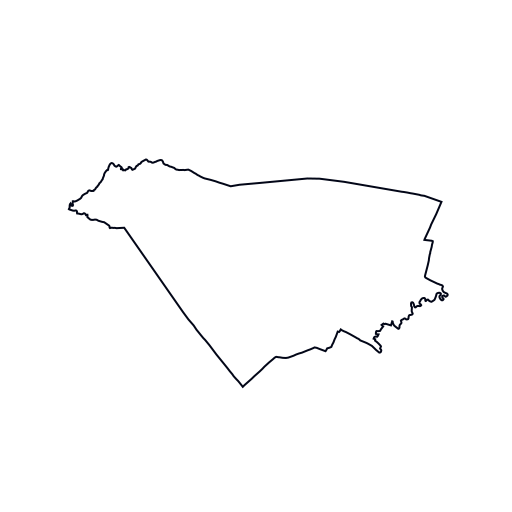 the district of Sangkae, Batdâmbâng, Cambodia, rotated 204°
{"feature_id": "14789045B70272828773622", "entity_name": "Sangkae", "entity_type": "district", "adm_level": 2, "iso_a3": "KHM", "parent_name": "Cambodia", "parent_adm1": "Batdâmbâng", "projection": "orthographic", "projection_center": [103.435, 13.068], "detail": "fine", "context": "isolated", "style": "outline", "palette": "ink", "viewbox_px": 512, "rotation_deg": 204, "n_neighbors": 0, "source": "geoboundaries", "source_scale": "gbopen_adm2", "svg_char_len": 6036}
<svg xmlns="http://www.w3.org/2000/svg" viewBox="0 0 512 512"><g transform="rotate(204 256 256)"><path d="M108.6,380.9L126.1,379.5L126.5,379.5L129.9,378.5L131.8,378.3L138.2,376.8L140.4,376.2L143.6,375.5L147.4,374.5L148.9,374.0L205.7,359.6L229.3,352.5L240.6,347.7L282.2,324.3L300.0,314.4L307.5,309.4L315.5,308.6L319.2,308.1L323.3,307.8L328.4,307.1L334.4,306.0L336.1,305.9L339.3,306.0L340.8,306.2L342.3,306.2L344.7,306.7L345.9,306.7L349.7,307.3L352.9,307.4L353.8,306.9L356.2,305.4L357.3,305.1L361.3,303.2L362.9,302.9L363.4,302.7L363.8,302.6L364.8,302.6L366.5,303.2L367.9,303.1L370.0,303.0L370.6,302.8L371.3,302.7L372.9,302.8L373.4,303.0L374.4,303.0L375.3,302.6L375.9,302.5L376.7,302.6L378.1,302.9L379.5,304.4L380.5,305.0L381.0,305.2L381.5,305.1L382.4,304.8L382.8,304.5L384.8,302.7L385.9,301.3L386.5,300.9L387.6,299.7L388.3,299.2L389.1,299.0L390.0,299.2L391.1,299.1L392.4,298.5L392.8,298.5L393.7,299.0L394.9,299.5L395.4,299.5L395.8,299.4L397.3,297.5L398.4,296.0L398.8,295.4L399.1,294.5L399.0,294.0L399.4,293.1L399.9,292.6L400.3,292.3L400.7,291.9L400.8,290.9L401.0,290.3L401.3,290.0L401.7,289.8L401.9,288.9L402.0,288.0L402.0,286.9L402.1,286.5L403.9,284.5L404.5,284.6L405.6,285.6L406.0,285.7L407.0,285.7L407.5,285.9L408.1,285.8L408.5,285.3L408.2,284.6L408.3,284.2L408.5,283.5L409.0,282.9L409.5,282.7L409.9,282.3L410.0,281.6L410.3,281.0L411.5,280.8L412.2,280.2L412.7,280.4L412.8,281.0L413.4,281.1L414.0,280.6L414.7,280.4L414.9,280.8L414.7,281.4L414.7,282.2L415.1,282.4L417.3,282.9L418.0,283.3L418.5,283.3L419.5,281.3L419.9,280.8L420.6,280.7L421.3,280.8L422.1,281.0L423.3,281.9L423.9,282.2L424.7,282.3L425.2,282.3L425.7,282.2L426.1,281.8L426.6,280.9L426.8,279.7L426.8,277.5L426.5,275.5L426.2,274.7L426.3,274.2L427.1,273.8L427.6,272.3L427.9,270.7L428.0,269.8L427.9,268.5L427.6,267.8L427.5,264.5L427.3,263.7L427.7,262.3L427.8,260.9L428.3,259.4L428.6,258.9L428.7,258.4L428.6,257.8L428.8,256.7L429.2,255.5L429.1,255.1L429.2,254.7L429.7,253.8L430.0,252.7L430.0,252.0L430.2,251.2L431.0,250.0L430.9,249.4L431.4,249.1L432.7,248.5L433.4,248.3L434.6,248.3L435.0,248.1L435.5,247.6L435.8,246.9L435.9,245.1L436.4,244.5L437.8,242.9L439.0,241.0L439.3,240.0L439.4,238.0L439.7,237.3L440.1,236.5L442.0,233.8L443.2,232.5L444.1,231.9L445.0,231.8L445.6,231.5L445.3,230.8L445.0,229.7L444.7,228.9L443.9,228.2L443.9,227.3L444.4,227.0L445.8,226.9L446.2,227.1L446.4,227.6L446.4,228.1L446.8,228.5L447.0,227.8L447.0,227.4L446.7,226.2L445.9,224.3L446.0,223.4L446.0,222.7L445.5,222.6L441.7,223.0L440.5,223.4L439.9,223.8L439.4,224.2L438.8,224.4L438.3,224.3L437.7,223.9L437.2,222.8L436.7,222.1L435.2,222.6L433.3,222.9L432.3,223.2L431.4,223.9L430.8,224.9L430.5,225.1L429.9,225.2L428.8,224.9L428.4,224.5L428.0,224.2L427.5,224.7L426.8,225.1L426.3,224.3L426.0,223.1L425.7,222.9L423.0,222.1L422.1,221.9L421.0,222.1L420.2,222.4L419.2,222.9L418.2,223.6L417.3,224.0L416.3,224.3L414.3,224.1L410.5,224.6L408.4,225.1L402.5,224.0L401.9,223.5L401.5,222.9L401.3,222.4L400.8,222.1L399.6,223.0L398.3,223.5L397.8,223.6L396.4,224.3L394.7,224.7L391.4,226.4L387.9,228.2L299.9,175.1L292.0,170.6L284.7,167.2L280.3,164.4L277.7,163.1L274.2,161.3L270.8,159.6L268.3,158.6L262.5,155.7L260.5,154.6L252.1,149.9L239.1,143.3L236.2,141.8L233.1,140.1L229.6,138.4L227.5,137.1L224.4,135.7L221.4,134.5L216.3,131.9L214.9,131.1L213.8,133.8L210.0,142.1L208.7,145.4L205.7,152.0L204.3,155.4L203.3,158.3L200.9,163.8L198.4,168.9L197.9,170.1L197.1,171.5L196.5,172.1L194.2,172.7L193.1,173.1L190.3,173.8L187.2,175.0L185.2,176.3L181.1,180.2L179.2,182.4L177.1,184.4L174.7,186.4L170.4,190.9L168.6,192.6L166.2,195.2L165.3,196.3L163.1,196.8L160.1,196.9L153.8,197.3L153.6,198.0L153.4,200.6L151.8,201.9L150.8,202.9L150.2,203.6L150.3,205.9L150.1,208.5L150.3,211.7L150.2,214.5L150.5,218.8L150.6,220.2L149.2,220.4L148.9,221.4L148.7,223.4L147.4,223.1L145.0,223.0L143.0,223.1L138.2,222.8L131.7,222.2L130.5,222.0L129.1,222.0L127.7,221.8L126.5,221.3L120.6,221.5L119.0,221.5L117.6,221.4L114.4,221.1L113.5,221.0L110.2,219.8L108.1,219.0L104.1,217.9L103.2,218.5L102.9,219.4L103.1,220.4L103.2,220.8L103.6,221.2L105.0,221.9L105.1,224.3L105.9,224.8L108.3,225.8L110.6,226.6L112.8,227.1L113.1,227.7L113.2,228.4L114.9,228.3L115.0,229.7L114.7,230.4L113.8,231.2L112.5,231.5L112.2,232.4L112.2,234.2L114.1,233.6L114.8,233.6L115.2,234.5L115.5,235.9L115.4,236.4L113.7,237.1L112.3,237.9L112.1,238.5L112.1,239.6L111.2,243.4L113.2,244.1L112.1,246.1L110.7,246.1L110.1,246.8L104.5,247.5L105.0,251.7L104.5,251.7L104.0,250.8L102.5,249.3L101.5,248.7L100.7,248.4L96.6,247.4L96.1,247.5L95.8,248.2L95.9,249.2L96.5,250.5L96.6,251.6L96.3,252.5L95.9,253.5L96.1,254.4L97.3,255.9L97.0,256.8L96.2,257.6L95.1,259.3L94.4,259.5L93.0,259.2L92.1,259.6L91.4,260.2L91.3,260.9L91.9,262.7L92.0,263.7L91.8,264.4L90.7,265.1L89.7,265.9L89.4,266.4L89.5,267.2L91.0,268.5L91.5,269.3L92.7,272.6L93.1,272.9L93.7,273.2L94.3,274.1L95.1,275.8L95.1,276.8L94.4,277.3L93.5,277.2L92.2,276.1L91.5,275.2L91.0,274.4L90.0,273.8L89.3,274.0L88.7,275.4L87.9,276.2L85.8,276.9L85.3,277.4L85.1,278.3L85.8,278.8L87.0,279.0L87.4,279.4L87.8,280.1L87.9,280.7L87.7,281.4L87.6,283.0L87.2,284.4L86.6,285.2L86.1,285.6L85.2,286.1L84.5,286.0L84.0,285.6L83.6,285.0L83.5,284.6L82.8,283.9L82.3,284.3L82.0,285.4L81.8,285.8L81.0,286.1L79.3,285.4L78.3,285.4L77.2,285.5L76.5,286.3L75.2,288.4L75.1,289.4L75.2,291.9L75.4,293.5L75.6,294.3L75.6,295.1L75.1,295.9L74.5,296.4L73.8,296.9L73.0,297.1L71.9,296.9L71.6,296.3L71.6,295.6L72.0,294.1L71.9,293.5L71.4,292.7L70.1,291.7L69.3,291.3L68.3,291.1L67.5,291.5L67.2,292.2L67.1,292.9L67.5,293.3L68.8,293.8L69.2,294.3L69.5,295.1L69.1,295.7L68.2,296.4L66.3,295.9L65.7,296.4L65.0,297.8L65.2,298.7L65.8,299.2L66.6,299.4L67.8,299.3L69.7,299.4L70.6,299.8L71.4,300.3L72.5,301.5L72.7,302.0L72.8,304.1L73.6,304.8L74.1,304.9L75.5,304.8L76.5,304.6L77.8,304.7L78.9,304.5L82.4,304.6L86.9,304.7L91.5,305.1L92.6,305.3L93.3,305.9L93.6,306.9L95.3,317.2L96.3,322.2L97.0,324.3L97.9,328.1L98.0,329.4L98.4,330.4L99.2,335.7L99.8,337.9L100.1,340.2L100.5,341.4L101.7,341.4L108.7,339.2L108.8,339.9L108.6,352.8L108.8,356.0L108.4,367.6L108.6,380.9Z" fill="none" stroke="#020617" stroke-width="2"/></g></svg>